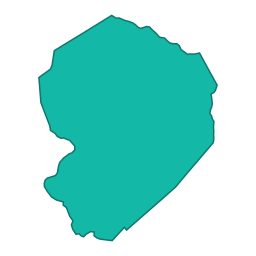 outline of São Rafael, Rio Grande do Norte, Brazil
{"feature_id": "56859067B29032329313667", "entity_name": "São Rafael", "entity_type": "district", "adm_level": 2, "iso_a3": "BRA", "parent_name": "Brazil", "parent_adm1": "Rio Grande do Norte", "projection": "mercator", "projection_center": [-36.882, -5.844], "detail": "fine", "context": "isolated", "style": "filled", "palette": "teal", "viewbox_px": 256, "rotation_deg": 0, "n_neighbors": 0, "source": "geoboundaries", "source_scale": "gbopen_adm2", "svg_char_len": 1313}
<svg xmlns="http://www.w3.org/2000/svg" viewBox="0 0 256 256"><path d="M40.9,102.6L49.8,125.9L50.5,130.4L55.1,133.4L57.4,136.5L61.0,138.3L63.7,138.0L66.0,139.0L69.8,140.4L72.2,143.2L74.8,146.1L74.7,150.1L71.7,153.0L69.3,153.8L63.7,157.9L59.6,162.6L58.5,166.4L57.4,172.9L55.4,175.6L47.5,178.0L45.2,180.0L44.2,183.7L44.5,186.8L47.5,191.7L51.5,196.9L56.4,200.0L63.3,201.9L63.2,205.2L66.2,207.4L67.3,209.8L69.6,216.0L72.9,220.8L71.4,224.9L72.7,229.2L76.0,234.3L79.0,233.7L81.2,235.9L83.7,236.8L86.2,234.1L90.7,231.6L94.3,232.1L94.0,235.7L96.7,237.8L100.0,239.1L103.8,239.6L112.2,240.6L124.4,227.3L126.5,230.1L160.7,200.2L175.5,187.1L190.3,169.5L213.1,142.9L213.7,140.2L213.8,137.4L213.6,134.5L213.8,131.5L213.5,127.5L213.9,121.5L212.4,119.1L211.5,115.7L209.8,113.4L210.5,109.7L211.7,107.0L212.3,103.5L211.7,98.4L211.1,94.1L213.8,92.6L215.4,90.5L217.1,85.1L210.5,73.2L199.5,53.0L194.6,54.1L191.4,54.0L187.2,54.1L184.5,52.1L180.9,49.5L179.4,45.7L176.9,43.7L173.1,43.7L169.7,42.9L167.1,40.6L164.7,38.1L159.5,37.2L156.3,33.5L154.1,31.5L151.7,29.3L149.7,27.1L146.5,26.5L143.4,27.6L140.7,28.4L138.1,27.4L135.6,24.8L133.1,23.1L128.8,21.4L126.3,20.9L123.5,19.9L119.3,18.0L115.9,18.1L111.7,15.4L83.7,32.7L68.9,41.7L54.3,50.7L52.1,65.2L50.4,69.2L38.9,77.5L40.9,102.6Z" fill="#14b8a6" stroke="#0f766e" stroke-width="1.5"/></svg>